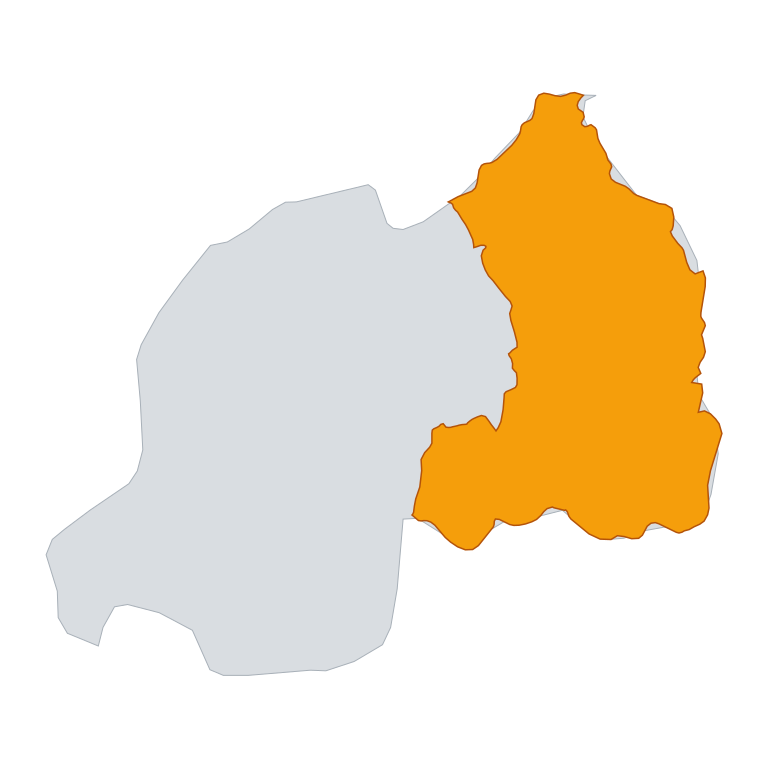 location of Eastern within Rwanda
{"feature_id": "RWA-3493", "entity_name": "Eastern", "entity_type": "Province", "adm_level": 1, "iso_a3": "RWA", "parent_name": "Rwanda", "parent_adm1": "", "projection": "mercator", "projection_center": [30.365, -1.745], "detail": "fine", "context": "in_parent", "style": "filled", "palette": "amber", "viewbox_px": 768, "rotation_deg": 0, "n_neighbors": 0, "source": "natural_earth", "source_scale": "10m", "svg_char_len": 4358}
<svg xmlns="http://www.w3.org/2000/svg" viewBox="0 0 768 768"><path d="M285.5,202.2L296.4,201.9L368.2,184.7L375.4,190.1L387.0,223.4L393.1,228.3L403.1,229.5L423.2,221.8L460.2,195.8L476.3,179.9L495.3,157.7L519.5,132.5L533.1,110.7L546.3,97.9L563.6,94.0L582.8,95.0L596.1,95.4L585.2,100.7L582.9,116.7L595.5,142.3L636.7,195.4L663.0,205.1L680.1,225.7L696.9,260.5L701.9,304.0L694.9,356.3L699.1,395.2L714.2,420.7L718.2,453.8L711.0,494.4L702.2,518.8L691.9,526.9L680.2,529.8L664.3,527.1L645.0,530.6L623.9,538.2L610.7,539.3L602.4,537.8L586.9,531.3L562.4,510.3L516.6,521.9L504.2,521.6L487.4,531.6L473.7,543.9L465.4,544.8L457.0,543.1L417.5,518.3L403.1,519.1L397.2,588.8L390.6,627.5L382.5,644.7L354.3,661.4L325.9,670.8L310.3,670.2L247.8,675.4L223.4,675.4L209.9,669.7L192.4,630.3L159.2,612.7L127.5,604.5L114.5,606.8L103.0,627.4L98.3,646.0L67.4,633.3L58.2,617.6L57.3,591.1L46.1,554.8L52.3,539.4L64.4,529.4L90.0,510.2L128.9,483.7L137.3,471.0L142.8,449.9L140.3,400.9L136.6,359.5L141.2,344.7L158.9,312.7L182.7,280.0L210.5,245.4L227.3,242.0L249.3,228.9L272.5,209.5L285.5,202.2Z" fill="#d9dde1" stroke="#a8b0b8" stroke-width="1"/><path d="M564.5,510.3L554.0,507.8L552.4,507.0L547.1,508.6L543.8,511.6L542.4,513.4L540.9,515.4L536.6,519.4L531.8,521.8L525.6,523.9L519.2,525.2L513.8,525.4L509.7,524.5L499.3,519.4L495.4,519.0L494.3,521.3L494.1,524.4L493.4,526.8L478.4,545.6L472.7,549.5L465.3,549.8L457.6,546.8L450.7,542.2L445.2,537.4L434.9,525.2L430.8,522.1L427.0,520.7L423.8,520.6L421.0,520.9L418.4,520.5L412.6,515.5L412.0,515.0L412.8,514.1L413.2,513.1L413.6,512.3L414.4,505.9L415.6,499.7L415.7,499.0L415.9,498.5L419.8,487.0L421.7,470.6L421.1,459.5L424.7,452.6L429.7,447.2L431.9,443.2L431.9,439.3L431.9,433.3L432.3,430.1L433.8,428.8L437.0,427.4L439.1,426.2L440.8,424.4L443.2,423.7L444.4,425.2L446.0,427.2L448.8,427.5L450.9,427.3L451.8,427.0L452.9,426.7L454.9,426.3L457.1,425.8L459.0,425.2L462.0,424.6L464.7,424.4L465.7,424.3L466.8,424.1L467.6,422.9L469.6,421.2L471.9,419.5L473.8,418.5L477.4,416.9L481.4,415.5L485.5,416.6L489.0,421.3L491.3,424.7L493.8,427.9L496.0,430.9L498.2,427.7L500.9,421.7L503.1,409.7L504.1,397.6L504.3,393.8L506.1,391.7L510.9,389.7L515.4,387.5L517.0,384.7L517.1,378.2L516.4,372.7L514.4,370.7L512.4,368.2L512.6,363.6L511.3,358.8L509.1,355.6L508.6,353.8L510.0,352.8L512.3,350.3L515.2,348.4L517.1,347.2L517.0,342.2L514.4,331.9L510.9,320.5L509.7,313.5L511.0,309.8L512.1,306.0L510.2,301.5L505.4,296.4L499.0,288.4L492.9,280.5L488.6,275.9L485.3,270.0L482.7,263.2L481.3,255.8L483.1,250.2L485.7,247.8L485.9,246.3L484.1,245.3L480.8,245.3L476.8,246.7L473.8,247.6L473.6,244.5L472.7,239.4L471.3,236.3L468.5,230.0L465.6,224.6L461.8,219.0L457.6,212.0L455.5,210.2L453.6,207.7L452.6,204.3L450.7,202.8L449.7,202.6L448.3,201.9L458.2,196.6L471.8,191.3L475.4,187.9L477.1,182.9L479.1,170.0L481.5,165.4L484.1,163.9L486.8,163.4L489.4,163.2L491.9,162.5L497.0,159.4L511.8,145.3L516.2,139.8L519.8,133.7L520.4,131.5L521.1,126.8L522.1,124.8L523.2,123.8L524.4,122.8L530.0,120.3L532.0,118.6L533.8,113.6L535.9,99.8L538.7,95.1L543.8,93.2L549.3,94.1L555.0,95.7L560.6,96.4L565.8,95.1L570.2,93.2L574.7,92.6L579.8,94.1L583.4,95.3L580.8,98.0L578.2,101.7L577.2,105.4L578.3,109.0L583.1,112.3L584.2,116.9L583.5,118.8L582.3,120.7L581.4,122.7L581.9,124.7L584.8,126.7L587.5,126.3L589.7,125.1L591.0,124.7L595.1,127.7L596.5,129.8L597.9,138.4L599.9,143.2L605.9,153.3L607.9,160.0L611.0,164.1L611.7,166.8L611.3,167.8L610.6,169.3L609.8,171.2L609.4,173.7L611.2,179.0L615.5,182.3L625.3,186.3L628.9,188.8L633.8,193.6L636.9,195.4L658.9,203.6L665.4,204.5L671.9,208.4L673.8,217.1L673.2,225.8L672.1,229.7L670.4,231.7L672.3,236.0L677.8,243.4L682.0,247.8L683.5,250.3L686.7,262.3L689.9,269.8L695.1,273.9L703.0,270.9L705.4,277.9L705.2,286.5L700.9,312.7L700.8,316.3L701.5,318.1L704.5,322.6L705.3,325.7L701.5,334.8L702.7,338.3L705.3,351.7L703.5,357.3L700.1,362.3L698.2,367.4L700.8,373.4L695.4,377.6L693.3,379.8L691.7,382.5L701.7,384.1L702.7,392.9L698.3,412.3L704.5,410.9L710.5,413.9L715.6,419.0L719.1,423.8L721.9,433.5L710.5,470.6L707.6,485.3L709.0,508.1L707.6,514.8L704.1,521.1L699.8,524.2L694.2,526.7L689.1,529.6L684.4,530.8L682.0,532.2L679.0,533.0L676.3,532.3L658.9,523.8L655.3,522.6L651.0,523.2L647.2,526.2L642.4,535.2L638.7,538.3L631.7,538.7L624.5,536.6L617.4,535.7L611.0,539.5L600.1,539.1L589.0,533.9L570.9,519.0L569.0,516.4L567.3,511.7L565.7,509.9L564.5,510.3Z" fill="#f59e0b" stroke="#b45309" stroke-width="1.5"/></svg>